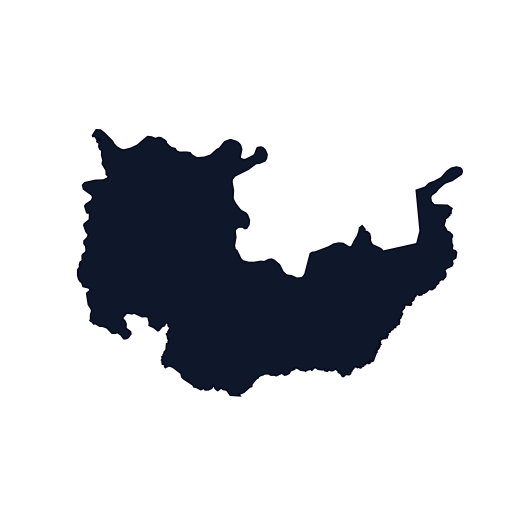 outline of Talensi, Upper East, Ghana, rotated 197°
{"feature_id": "2480657B26285365473669", "entity_name": "Talensi", "entity_type": "district", "adm_level": 2, "iso_a3": "GHA", "parent_name": "Ghana", "parent_adm1": "Upper East", "projection": "albers", "projection_center": [-0.74, 10.642], "detail": "fine", "context": "isolated", "style": "filled", "palette": "ink", "viewbox_px": 512, "rotation_deg": 197, "n_neighbors": 0, "source": "geoboundaries", "source_scale": "gbopen_adm2", "svg_char_len": 6094}
<svg xmlns="http://www.w3.org/2000/svg" viewBox="0 0 512 512"><g transform="rotate(197 256 256)"><path d="M75.5,278.1L75.1,281.1L73.4,283.3L73.8,285.1L71.9,287.7L70.2,287.9L68.6,291.6L69.1,294.5L71.4,297.9L69.9,300.1L65.7,303.9L65.5,306.4L66.9,308.7L66.7,309.9L64.4,312.6L65.2,318.0L67.0,319.4L69.4,319.3L70.4,320.1L71.0,323.6L72.5,325.4L74.2,330.1L73.8,332.2L74.4,333.5L77.9,335.4L81.0,335.7L81.8,337.1L85.3,340.0L85.3,345.1L85.8,347.2L84.7,348.1L83.4,349.9L83.3,351.4L82.7,351.7L83.5,352.9L81.9,353.6L82.8,356.9L82.4,358.7L87.8,360.5L100.5,357.0L104.3,359.2L106.2,363.1L106.0,365.5L102.7,369.7L101.2,373.7L97.5,379.7L96.1,381.4L90.4,385.6L83.4,394.4L83.4,396.9L84.0,398.1L84.8,399.2L86.4,400.0L90.4,399.7L94.9,397.1L98.4,392.6L101.6,385.2L107.4,379.3L111.6,376.3L114.4,371.2L122.0,365.8L106.4,328.0L105.8,314.8L136.1,297.6L137.7,299.1L139.7,299.7L147.8,300.8L149.7,302.2L151.5,304.8L151.9,307.1L153.8,310.5L156.9,311.9L159.0,311.3L159.7,313.6L163.4,316.0L165.2,313.2L164.7,309.5L164.9,304.8L166.5,298.7L167.2,293.4L168.2,292.3L169.7,291.8L176.4,293.5L180.6,292.6L185.2,290.1L189.2,285.9L200.5,277.1L203.3,275.9L204.8,274.1L203.9,252.7L205.1,249.6L206.2,248.4L210.4,246.7L216.6,247.5L220.0,246.8L222.0,247.1L225.5,248.8L231.0,254.5L237.2,257.2L240.1,257.6L242.7,256.5L246.4,253.0L250.1,252.2L256.1,249.2L261.3,247.7L267.3,247.5L270.0,249.2L275.6,255.4L278.0,256.4L279.7,259.5L280.8,268.0L283.4,274.0L283.3,275.1L282.6,276.8L280.7,278.7L277.1,279.8L274.7,278.9L273.0,279.8L271.9,283.9L272.8,288.4L276.2,292.8L278.3,294.1L283.2,295.0L285.1,295.9L290.6,299.9L294.1,303.3L295.1,305.2L296.7,312.0L300.6,319.7L301.1,322.2L299.8,326.1L288.4,337.0L283.1,344.4L279.7,345.8L275.2,349.6L274.5,352.3L275.0,356.2L278.1,360.0L280.9,361.5L283.2,361.7L286.0,360.3L286.6,359.4L286.9,353.2L287.9,351.2L294.5,345.0L296.9,344.5L299.5,345.1L300.1,345.8L300.8,353.6L303.1,357.3L305.9,359.2L308.5,359.8L313.9,359.9L315.1,359.4L319.3,356.2L322.5,348.3L324.6,346.4L328.8,339.2L334.4,335.2L340.5,332.9L342.2,332.7L346.9,333.9L349.3,335.5L352.7,335.0L359.5,332.8L362.6,333.2L364.8,335.1L368.3,334.9L371.2,335.8L375.0,338.0L375.3,339.2L376.7,340.0L381.7,341.3L383.8,340.9L386.4,339.0L390.7,339.3L394.7,338.5L402.0,327.1L407.4,322.3L413.4,318.7L416.3,318.5L421.1,319.6L424.7,321.7L426.9,323.9L437.3,329.4L441.5,331.0L445.8,330.0L447.6,323.4L447.1,322.6L444.8,323.2L442.7,321.2L440.7,322.5L439.4,322.1L439.1,321.3L441.8,320.6L441.6,318.7L438.9,317.9L438.3,314.5L436.5,312.4L434.3,311.9L433.1,307.3L430.4,302.8L430.0,299.1L424.4,294.1L423.1,290.3L420.3,288.8L420.9,287.0L424.1,284.1L432.0,281.3L441.3,276.0L442.6,273.1L440.6,269.6L430.7,266.2L429.2,264.2L429.6,260.9L433.9,255.6L434.4,253.7L430.5,247.9L429.5,247.9L428.5,249.1L427.1,246.5L426.0,241.9L429.6,236.7L429.7,235.1L425.8,229.7L422.5,227.3L422.9,223.8L424.9,220.2L424.2,217.6L421.7,215.6L419.9,211.2L420.4,209.3L422.1,207.2L422.4,205.4L420.8,200.9L422.4,198.7L422.3,195.9L421.4,193.9L422.5,190.8L420.9,185.4L418.9,182.1L416.8,180.3L414.9,179.7L412.4,176.2L406.7,176.6L404.3,174.9L407.1,170.9L402.2,160.6L397.7,156.8L397.0,154.6L397.1,151.6L395.7,147.1L395.9,145.7L393.2,144.8L391.3,143.5L389.8,144.4L384.9,143.1L382.5,143.9L377.6,143.7L371.2,140.1L368.3,140.8L365.5,142.5L364.7,141.7L362.4,141.2L358.4,138.2L357.4,138.4L355.9,139.0L354.3,140.7L352.8,144.8L353.9,147.0L359.3,148.9L360.3,153.0L362.2,155.4L365.7,157.5L362.9,163.7L357.8,164.4L355.7,165.8L347.1,164.6L344.1,165.8L340.8,166.0L340.7,164.6L338.6,161.3L337.9,158.3L333.0,157.7L327.9,155.7L327.1,156.4L325.3,160.9L323.1,162.6L323.0,164.5L322.3,166.0L320.4,165.7L319.7,163.7L318.7,162.8L317.5,163.3L317.1,162.3L318.1,157.7L317.7,156.8L318.9,155.2L317.5,153.8L316.2,150.9L315.1,150.9L314.9,148.0L314.3,147.1L315.9,146.0L314.5,139.6L315.6,137.9L315.6,135.7L315.0,135.7L316.0,134.6L315.6,132.9L316.4,132.1L315.7,131.9L316.1,131.3L315.5,130.3L316.0,128.9L314.8,128.7L315.0,127.3L313.9,125.1L311.6,125.5L311.0,123.3L310.1,122.7L307.1,125.5L303.2,125.4L293.4,121.8L291.7,118.7L289.6,117.4L278.6,114.2L277.2,112.6L275.1,113.0L269.6,112.0L267.6,114.2L265.5,113.0L262.4,114.0L259.8,116.4L259.1,118.0L259.1,120.2L257.5,119.1L256.4,117.3L253.8,116.2L253.1,116.2L250.8,119.6L248.3,118.7L244.9,119.2L239.9,115.3L230.3,117.6L232.1,119.0L230.6,119.6L227.7,122.1L223.6,128.9L221.9,129.9L222.4,132.1L220.7,136.5L219.6,138.9L218.5,139.7L218.2,141.3L216.3,143.4L214.4,144.4L213.9,145.4L209.8,147.0L206.7,146.4L204.0,147.4L201.6,147.4L197.1,151.5L193.9,150.4L192.4,151.1L189.8,153.5L189.5,156.1L185.9,159.0L186.1,159.9L185.4,160.7L182.9,160.7L180.0,159.8L175.5,160.6L175.1,160.2L173.1,162.3L170.9,163.5L169.8,163.9L169.5,163.1L169.0,163.2L167.8,165.9L166.3,166.7L163.5,165.8L159.3,166.5L158.0,167.3L156.7,166.4L154.0,166.6L153.0,168.5L150.9,168.2L149.1,168.7L146.7,171.2L143.8,169.9L143.3,168.8L140.8,168.4L138.3,166.1L137.0,166.3L137.0,167.2L136.4,167.2L135.6,169.0L132.3,169.6L131.1,171.1L131.4,173.4L130.6,174.1L130.7,175.1L129.6,177.3L130.0,178.1L127.8,179.4L126.3,178.9L125.5,179.6L123.5,179.4L122.7,180.0L123.1,180.6L121.0,182.1L120.5,184.4L119.9,185.1L119.5,184.7L119.3,186.2L118.8,186.0L118.5,186.8L117.5,186.1L116.7,187.0L116.3,186.3L115.9,186.6L115.7,187.8L116.6,188.2L116.6,189.2L115.4,189.5L114.3,188.8L113.1,190.1L112.7,198.3L113.7,198.7L112.1,199.6L113.0,200.6L112.4,201.7L112.9,202.6L111.8,202.9L112.1,204.0L111.4,204.1L111.4,205.0L112.1,204.9L111.9,206.0L111.3,206.3L112.0,206.9L110.7,207.9L112.0,208.7L111.5,209.4L111.9,210.0L113.2,210.0L110.8,214.2L110.2,213.9L109.5,214.7L108.5,214.6L107.6,215.7L107.7,216.5L106.6,216.2L106.9,218.4L106.4,219.5L107.5,220.5L107.2,221.3L105.4,222.6L105.5,223.4L104.8,225.0L103.8,225.5L103.0,228.0L101.6,228.5L102.1,229.9L100.9,230.8L101.0,231.5L99.2,232.6L99.3,233.6L100.0,234.0L99.3,234.9L100.6,237.5L99.6,238.6L99.4,239.6L100.1,240.8L99.4,240.9L98.9,243.5L100.2,244.5L100.5,246.6L99.7,247.7L100.1,248.2L98.9,249.5L99.2,252.8L93.4,254.2L93.1,255.6L94.6,256.7L92.2,260.3L92.5,262.9L91.6,263.9L91.4,265.6L89.5,266.9L88.6,266.1L86.1,267.3L85.7,268.7L83.8,269.9L83.7,270.8L82.5,271.3L80.9,274.7L77.8,275.2L75.5,278.1Z" fill="#0f172a" stroke="#020617" stroke-width="1.5"/></g></svg>